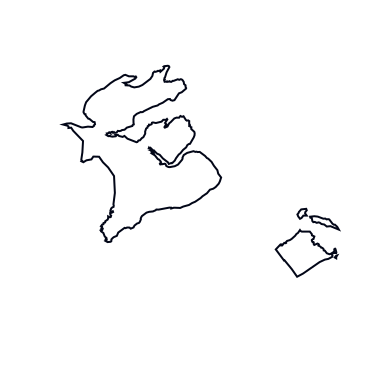 Buton Tengah, Sulawesi Tenggara, Indonesia, rotated 235°
{"feature_id": "22746128B6718763508294", "entity_name": "Buton Tengah", "entity_type": "district", "adm_level": 2, "iso_a3": "IDN", "parent_name": "Indonesia", "parent_adm1": "Sulawesi Tenggara", "projection": "equal_earth", "projection_center": [122.47, -5.333], "detail": "fine", "context": "isolated", "style": "outline", "palette": "ink", "viewbox_px": 384, "rotation_deg": 235, "n_neighbors": 0, "source": "geoboundaries", "source_scale": "gbopen_adm2", "svg_char_len": 6054}
<svg xmlns="http://www.w3.org/2000/svg" viewBox="0 0 384 384"><g transform="rotate(235 192 192)"><path d="M201.7,93.0L199.4,94.1L197.9,96.8L198.0,97.7L199.4,98.8L199.8,100.7L199.9,102.0L199.2,105.3L201.1,108.3L201.3,116.2L200.5,116.8L200.1,118.5L198.7,120.4L197.1,120.8L196.5,123.8L197.5,125.6L197.7,128.9L197.1,130.8L197.5,132.2L198.9,134.4L199.7,134.8L200.6,136.2L201.0,137.2L201.2,142.9L200.3,145.6L198.5,148.8L197.9,151.8L198.1,152.7L196.7,154.6L192.2,164.5L191.1,165.9L190.4,165.5L189.5,168.2L185.7,173.2L185.1,176.5L183.1,182.1L182.9,185.7L182.2,189.0L182.1,195.6L182.5,198.2L182.4,203.6L183.6,208.0L182.5,211.4L182.5,214.3L183.5,218.7L184.7,220.9L187.2,224.2L192.0,224.0L195.3,225.3L200.9,225.0L205.4,225.3L210.0,224.4L211.3,223.7L214.0,223.4L220.4,221.3L221.5,219.5L222.4,218.9L222.9,217.8L224.6,216.6L226.8,210.5L227.0,206.4L225.5,203.8L224.7,203.4L224.1,202.3L222.5,196.3L223.0,192.7L225.1,188.1L226.0,187.0L227.9,185.9L230.2,186.3L230.8,185.9L231.9,183.4L232.8,183.4L232.6,182.1L232.9,181.8L233.6,181.9L234.1,183.4L234.8,183.9L237.4,183.6L238.6,182.9L243.3,182.6L245.4,181.7L244.8,182.6L245.7,182.9L246.1,182.1L247.2,181.5L247.6,182.3L248.3,181.9L249.1,182.4L249.8,182.0L249.5,182.6L250.1,182.8L252.0,182.5L252.7,181.8L252.9,182.1L252.6,182.1L252.2,183.3L248.7,183.9L247.5,183.5L247.0,184.0L247.4,184.7L243.6,185.3L241.0,186.9L236.2,187.4L230.1,189.3L228.3,189.1L227.6,191.8L227.1,192.0L227.1,192.9L227.6,195.9L228.8,198.2L230.3,202.6L230.4,204.8L231.6,208.8L231.9,212.8L233.1,215.1L233.1,216.9L232.6,218.0L235.7,224.7L237.0,226.6L238.6,227.9L240.0,228.4L244.0,227.5L246.0,229.1L245.7,228.6L246.0,228.1L247.7,228.5L247.4,228.0L247.7,227.6L248.6,228.3L248.7,228.8L249.4,228.7L251.7,230.4L252.9,229.9L253.4,228.7L254.5,228.3L258.9,228.5L259.3,227.0L260.9,226.1L260.3,224.0L261.8,222.0L262.4,219.7L261.4,214.4L261.4,213.0L260.6,211.0L260.8,209.3L260.6,208.9L260.5,211.0L259.7,209.4L260.2,206.9L261.0,206.7L262.4,209.8L264.0,209.5L265.6,213.4L266.2,213.4L266.0,212.2L267.6,209.9L267.1,207.4L269.2,202.0L271.4,199.9L271.7,198.9L270.7,197.8L270.9,196.6L271.8,195.4L271.1,195.0L271.0,193.9L271.3,193.5L270.2,192.3L270.4,191.4L270.2,190.7L268.4,188.3L266.6,187.1L264.8,183.6L264.9,181.8L264.2,179.0L264.9,177.7L264.3,176.0L264.6,175.1L272.7,169.7L276.7,168.8L276.9,166.8L279.7,164.4L281.4,164.0L282.4,162.3L281.6,162.5L281.4,161.5L283.0,158.5L285.0,156.6L285.2,156.8L285.7,155.5L287.8,154.6L287.7,155.2L288.0,155.8L288.8,155.9L288.2,157.2L288.4,158.1L287.7,158.5L288.1,158.5L288.1,158.9L287.3,159.3L287.3,160.6L286.8,161.5L286.0,161.3L285.8,162.1L285.4,161.8L284.2,163.5L284.0,164.6L284.6,166.3L283.4,167.6L282.9,169.1L282.9,170.1L281.7,172.5L282.1,175.6L280.3,181.0L280.9,181.8L280.6,183.8L280.9,183.4L281.8,183.5L285.1,185.7L287.3,187.9L287.7,191.5L286.9,195.9L286.1,196.7L285.7,198.1L285.8,199.2L284.3,208.7L282.6,213.5L282.7,215.3L281.9,219.3L281.9,225.4L280.8,227.3L279.6,227.2L278.0,228.4L277.3,230.3L280.3,237.9L279.6,240.8L280.1,246.3L280.4,246.8L281.8,247.0L283.1,247.9L284.9,247.4L287.1,248.4L289.4,248.4L290.4,247.9L290.9,247.4L291.2,245.9L292.5,245.0L293.6,240.6L294.1,240.0L294.1,238.2L294.9,237.3L295.3,237.4L295.4,237.9L296.1,235.4L296.7,234.6L297.0,234.8L298.0,232.8L299.7,233.3L299.8,234.1L300.3,234.0L301.2,234.9L301.2,235.4L304.6,239.8L307.3,245.1L308.2,245.3L309.2,244.7L311.0,241.4L311.0,240.6L310.0,240.8L309.1,239.6L308.6,235.1L309.9,235.6L310.1,234.3L310.8,233.6L310.9,232.4L311.4,231.0L312.1,230.7L312.3,231.1L311.9,228.4L309.8,226.1L308.5,222.7L308.1,212.8L308.8,208.9L310.8,204.7L313.2,202.7L315.1,201.9L317.5,198.8L318.1,199.1L318.1,199.9L320.5,198.8L318.2,203.2L317.4,210.6L318.0,212.2L318.9,212.2L319.2,211.0L320.3,210.4L322.9,206.7L326.2,204.6L326.8,203.0L326.8,198.2L327.8,192.7L327.9,187.6L327.2,179.3L328.3,176.4L328.5,174.0L329.0,172.7L328.8,169.6L328.3,164.2L326.3,156.8L324.3,153.9L320.1,149.3L319.3,148.8L317.5,148.7L316.8,149.4L315.8,148.8L311.5,149.1L310.8,149.9L306.2,151.1L305.1,152.3L303.1,151.4L302.9,149.9L302.4,149.7L302.3,147.8L305.2,144.3L307.6,139.4L308.5,138.4L317.7,132.3L319.9,128.7L321.2,125.1L317.6,128.1L316.5,128.4L315.3,127.5L314.0,129.9L310.3,129.8L296.3,132.0L287.3,124.9L281.8,119.7L280.6,119.9L280.5,119.1L278.7,120.1L278.5,123.7L276.4,128.3L277.6,131.5L274.2,136.1L267.4,136.1L260.2,137.4L249.8,137.3L235.5,128.3L227.0,120.6L225.9,120.2L224.8,119.2L225.1,118.0L224.9,116.4L223.3,114.2L222.0,114.3L221.7,116.1L220.9,115.9L221.1,114.2L221.7,112.8L220.1,112.0L219.0,112.2L218.1,111.0L218.5,110.1L220.1,109.3L218.9,108.5L217.8,107.2L217.8,104.2L216.9,103.4L217.3,101.7L216.4,100.9L216.8,99.8L216.2,97.9L215.3,98.4L214.1,96.8L213.7,96.9L213.6,97.9L213.2,97.9L212.6,97.0L213.1,96.7L213.1,95.4L212.2,95.8L211.8,95.0L209.3,95.9L205.6,95.0L203.6,95.5L203.1,94.6L202.7,95.2L201.8,94.8L201.7,93.0ZM59.0,265.3L58.5,269.6L59.1,270.5L60.7,270.7L61.0,271.3L60.6,273.4L59.3,275.1L59.7,275.6L63.0,276.8L63.5,276.7L63.5,275.7L62.1,274.9L61.6,273.5L61.8,270.0L62.2,268.9L64.5,267.3L67.7,267.2L68.6,266.4L69.7,267.0L71.4,266.8L72.3,265.9L73.3,266.0L75.6,264.8L76.2,265.8L76.8,265.8L77.8,265.2L78.5,261.8L79.5,261.8L80.9,262.8L81.3,262.8L81.8,262.0L83.3,262.2L84.0,262.7L84.1,263.9L83.8,264.5L85.4,266.7L87.7,265.4L88.8,266.0L92.0,265.8L96.5,259.3L97.7,258.6L98.9,258.6L97.7,255.4L97.7,253.4L97.0,251.5L96.4,246.7L96.5,244.5L97.4,241.8L97.0,240.1L96.3,239.9L96.3,239.4L97.4,238.4L96.5,235.2L97.0,234.5L97.8,235.2L98.3,234.5L96.9,227.7L83.1,228.1L83.1,228.6L71.6,229.5L62.3,229.5L61.5,236.1L61.4,256.3L60.4,262.1L59.0,265.3ZM101.8,275.1L99.1,273.9L97.7,274.1L97.1,275.4L95.2,276.5L94.5,278.3L93.5,279.1L91.5,279.7L89.5,281.7L86.4,282.6L84.6,285.8L77.0,290.7L80.2,291.0L83.3,290.3L83.9,289.4L85.4,288.9L90.8,288.7L91.7,287.9L92.4,286.5L93.7,286.0L94.9,284.2L99.7,280.9L102.0,278.3L104.0,274.6L103.2,274.2L101.8,275.1ZM111.1,265.0L108.1,265.1L107.9,266.8L108.8,269.7L106.9,272.4L109.7,272.4L110.6,273.4L111.2,275.5L112.7,275.9L115.1,271.5L114.3,268.1L113.5,266.9L113.2,265.5L111.1,265.0ZM56.5,271.4L55.0,272.1L56.1,272.9L56.8,274.5L57.1,273.6L56.5,271.4Z" fill="none" stroke="#020617" stroke-width="2"/></g></svg>